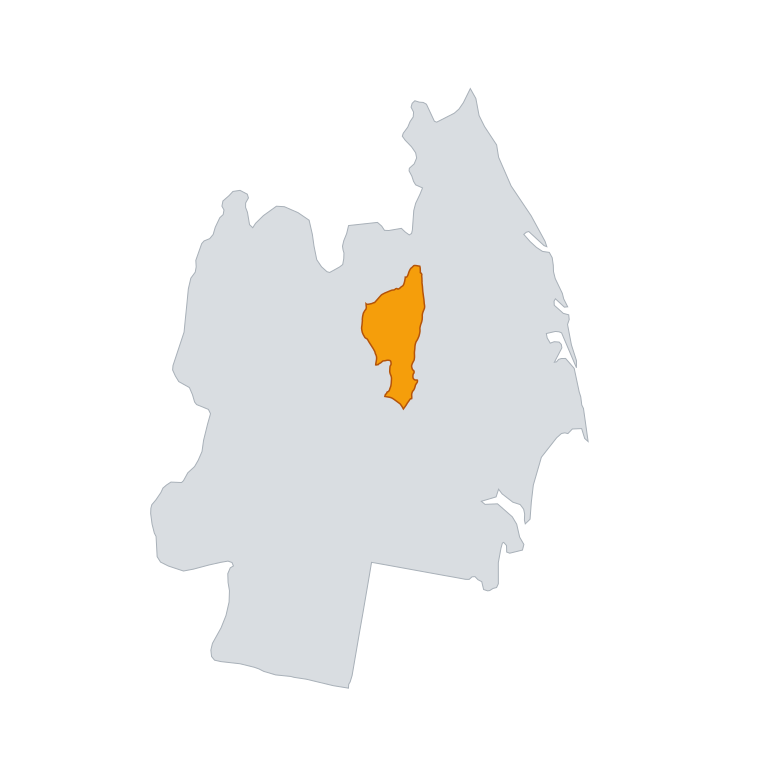 location of Ogoulou, Ngounié, Gabon, rotated 190°
{"feature_id": "22940354B22341987955952", "entity_name": "Ogoulou", "entity_type": "district", "adm_level": 2, "iso_a3": "GAB", "parent_name": "Gabon", "parent_adm1": "Ngounié", "projection": "equal_earth", "projection_center": [11.519, -1.32], "detail": "fine", "context": "in_parent", "style": "filled", "palette": "amber", "viewbox_px": 768, "rotation_deg": 190, "n_neighbors": 0, "source": "geoboundaries", "source_scale": "gbopen_adm2", "svg_char_len": 6526}
<svg xmlns="http://www.w3.org/2000/svg" viewBox="0 0 768 768"><g transform="rotate(190 384 384)"><path d="M508.3,91.9L507.9,98.8L502.1,115.6L499.4,128.6L498.7,142.4L500.3,153.6L503.1,161.5L504.9,170.1L503.5,176.2L500.7,178.7L502.7,181.8L506.9,182.5L514.1,179.9L525.1,175.3L539.5,168.6L549.0,165.0L564.7,167.3L573.1,169.8L577.4,174.5L582.0,194.3L584.3,197.3L588.1,205.8L591.3,215.9L592.0,221.1L591.7,224.8L588.5,230.3L584.9,238.3L583.6,243.2L580.6,246.8L576.8,250.4L566.3,251.8L564.7,253.9L561.8,262.5L556.2,269.8L553.7,276.7L551.5,285.9L551.9,297.2L550.8,313.6L549.7,324.6L552.5,328.5L565.0,331.2L567.4,333.4L570.8,340.3L575.0,346.7L586.5,350.7L590.9,355.7L594.6,361.1L595.0,365.5L592.4,383.3L589.9,400.3L590.9,413.3L591.8,425.7L593.2,443.7L592.6,454.7L589.3,461.4L589.3,466.7L590.8,473.1L587.9,490.6L586.1,493.6L580.9,496.9L578.2,501.6L577.4,509.0L574.6,519.2L571.8,522.9L571.8,527.6L574.5,531.0L574.4,536.3L569.3,542.6L566.2,547.4L559.4,549.7L551.6,547.2L549.8,543.7L551.7,538.3L551.0,533.9L548.3,529.4L544.1,517.6L540.4,515.1L538.4,519.9L532.0,528.9L520.8,540.4L512.9,541.3L498.4,537.8L486.2,532.3L480.5,518.8L476.9,507.7L471.8,494.7L465.9,488.6L459.7,484.7L456.9,484.4L448.0,491.6L445.4,494.5L445.4,500.5L446.2,506.1L447.6,508.9L448.8,512.5L448.5,518.1L446.9,525.6L446.4,533.9L418.5,542.0L413.7,539.1L410.2,535.4L405.9,536.0L393.9,540.3L389.4,537.3L385.0,535.2L383.0,537.0L382.8,540.5L384.8,560.0L384.2,567.5L381.5,577.2L380.1,583.8L387.4,585.6L390.1,588.7L392.7,593.6L396.3,598.2L396.5,600.9L392.5,606.0L391.1,612.3L393.0,617.2L398.1,622.4L405.4,627.7L409.0,631.2L408.6,634.3L405.2,641.1L403.9,646.9L401.6,652.1L402.1,656.9L405.4,661.3L405.0,665.3L402.8,668.3L398.2,667.7L394.3,668.1L390.8,666.9L380.0,651.5L377.6,651.0L361.8,662.9L357.9,667.8L354.7,674.8L350.3,689.9L343.1,681.1L337.0,664.9L329.7,655.0L314.6,639.0L310.5,627.2L293.2,601.1L268.2,575.1L250.2,552.5L247.5,547.5L250.5,548.1L267.9,559.3L270.3,558.1L272.3,555.6L264.8,549.6L257.6,545.0L250.9,542.1L244.1,542.3L240.3,537.6L237.9,530.3L236.6,524.1L233.7,517.6L224.1,504.2L221.8,499.0L216.5,491.9L219.7,491.0L230.0,497.7L230.9,495.1L230.0,491.1L219.7,484.7L214.1,484.2L212.8,479.7L213.6,474.5L206.2,455.0L198.5,440.4L197.3,433.4L218.0,465.2L220.7,465.8L224.4,465.5L232.9,461.9L231.3,457.7L227.4,453.1L223.7,455.2L218.8,455.7L216.3,453.8L215.1,450.5L220.0,435.0L217.9,435.8L216.3,438.6L213.7,439.9L209.6,440.7L199.4,432.4L190.4,410.1L188.0,405.5L185.6,397.7L183.3,394.5L173.0,362.8L176.9,365.2L181.6,374.4L190.7,372.4L194.3,367.1L197.4,367.3L200.6,366.1L204.6,361.1L216.3,339.2L219.4,310.4L218.4,293.2L216.7,276.2L220.6,270.8L222.1,274.4L222.9,280.4L224.7,284.9L228.9,288.9L236.6,290.0L248.6,296.3L252.9,300.3L254.0,292.3L267.8,285.4L263.6,283.0L251.4,285.7L234.6,275.5L229.0,269.0L223.8,256.7L218.4,250.3L218.8,244.5L230.8,239.2L234.0,239.8L235.3,246.2L238.6,248.8L239.8,247.9L240.3,242.5L240.4,227.9L236.7,207.1L237.8,203.1L241.1,201.6L244.1,198.9L246.1,198.3L250.2,198.9L252.3,203.7L253.4,206.3L257.5,207.6L260.9,210.1L263.8,209.4L266.2,206.4L269.8,205.8L280.8,205.9L290.8,205.9L310.6,206.0L330.5,206.1L350.3,206.2L365.3,206.2L365.2,194.3L365.1,175.9L365.0,154.2L365.0,133.4L364.9,114.1L364.8,91.3L365.6,84.8L366.6,82.1L366.2,78.3L381.6,78.1L409.4,79.8L421.6,79.5L425.0,79.8L440.2,78.7L452.5,80.1L457.7,81.7L462.4,82.5L477.2,83.5L496.4,82.3L502.9,82.6L506.5,85.7L508.3,91.9Z" fill="#d9dde1" stroke="#a8b0b8" stroke-width="1"/><path d="M381.6,493.0L381.5,491.9L381.5,490.4L381.5,489.0L381.6,487.7L381.7,486.6L381.9,485.6L382.2,484.6L382.7,483.7L383.7,482.9L384.6,481.8L385.0,481.2L385.6,480.6L386.4,480.0L387.0,479.9L387.6,480.2L388.3,480.2L388.9,479.9L389.4,479.4L390.0,478.7L390.7,478.3L391.5,478.1L392.5,477.8L393.9,477.0L395.9,475.7L398.9,473.8L401.5,471.8L402.3,470.9L406.2,464.5L407.4,462.6L408.5,462.1L410.0,461.1L411.7,460.4L413.0,459.9L414.3,459.6L415.0,459.5L415.6,459.9L415.4,459.1L415.2,458.1L415.0,457.4L414.7,456.3L414.7,455.5L414.8,454.5L415.3,453.6L415.6,453.0L416.0,452.1L416.2,451.3L416.6,450.3L416.7,448.9L416.8,446.6L416.7,445.2L416.6,443.9L416.3,442.8L416.2,441.6L416.0,439.3L415.9,437.7L415.9,436.3L415.7,434.8L415.0,432.7L414.3,431.0L413.4,429.6L412.6,428.5L411.8,427.6L411.2,426.8L410.5,426.2L409.7,425.9L408.9,425.6L408.1,425.2L406.3,423.0L404.1,420.6L400.8,417.0L398.8,414.5L398.2,413.4L397.8,412.4L396.8,411.0L396.2,409.8L395.8,408.4L395.6,406.6L395.6,404.8L395.6,403.3L395.6,402.2L395.5,401.4L394.9,401.4L394.5,401.6L394.1,401.9L393.3,401.9L392.6,402.9L392.0,403.5L391.1,404.1L389.6,405.9L388.9,406.6L388.2,406.8L387.0,407.1L385.9,407.6L384.9,408.0L383.9,408.2L383.0,408.2L382.0,408.1L381.5,407.7L381.1,407.1L380.7,405.9L380.5,404.8L380.5,404.2L380.8,403.5L381.1,402.5L381.0,401.1L380.8,399.1L380.5,397.1L380.0,395.8L379.3,394.5L378.5,393.3L377.8,391.7L377.5,390.3L377.0,386.0L376.9,383.4L377.2,381.5L377.5,380.0L377.6,378.9L378.1,377.8L378.7,377.1L379.4,376.8L379.7,376.1L379.8,375.2L380.3,374.5L380.8,374.0L380.9,373.1L381.0,371.9L378.8,371.9L376.0,371.9L374.3,371.7L372.3,371.0L369.2,369.5L366.6,368.2L364.6,367.2L363.9,366.5L362.2,364.8L360.6,362.8L359.3,365.4L358.4,367.4L357.7,369.3L356.4,371.9L355.9,373.2L355.3,374.1L354.9,374.1L354.2,374.4L354.2,374.9L354.4,376.1L354.7,377.2L355.0,379.0L354.8,380.8L354.4,382.1L353.8,383.0L353.2,384.8L353.0,386.2L352.8,388.5L352.3,389.8L351.7,391.1L351.5,392.0L351.6,393.1L351.8,393.6L352.5,393.6L353.3,393.4L354.2,393.4L354.9,393.6L355.4,393.9L356.0,394.4L356.6,395.3L356.9,396.6L357.0,397.7L357.0,398.8L356.5,399.8L356.4,400.9L356.7,401.9L357.3,402.5L358.0,402.8L358.6,403.4L359.2,404.5L359.8,405.8L360.0,407.1L359.8,408.5L359.4,410.1L358.9,411.6L358.6,412.4L358.5,413.7L358.6,415.7L358.9,417.3L359.4,419.6L359.6,420.9L359.7,422.7L359.8,424.2L360.1,426.8L360.1,428.7L359.8,430.9L359.4,432.0L358.8,433.5L358.3,435.4L357.9,437.1L357.7,439.6L357.7,441.9L358.0,443.7L358.4,445.3L358.3,447.5L358.2,448.6L358.2,448.8L357.7,451.6L357.6,454.1L357.9,456.6L358.3,458.5L358.3,460.4L358.1,461.8L357.8,463.3L357.5,464.6L357.3,465.8L357.4,467.2L357.7,468.4L358.4,470.4L358.8,472.0L359.4,474.2L361.9,482.0L363.1,486.8L364.2,490.3L364.4,491.8L364.8,493.5L365.0,494.6L365.3,495.7L365.7,497.1L365.7,498.2L366.1,499.0L366.6,499.6L367.1,499.6L367.6,500.0L367.7,500.7L367.9,501.9L368.2,503.2L368.5,504.5L368.8,505.3L369.2,506.2L371.2,506.2L372.4,506.2L373.2,506.2L374.5,506.0L375.2,505.7L375.8,504.9L376.2,504.3L376.9,503.4L377.5,502.8L378.1,501.6L378.6,500.0L379.0,498.3L379.2,496.5L379.5,494.9L380.0,493.6L380.7,493.0L381.6,493.0L381.6,493.0Z" fill="#f59e0b" stroke="#b45309" stroke-width="1.5"/></g></svg>